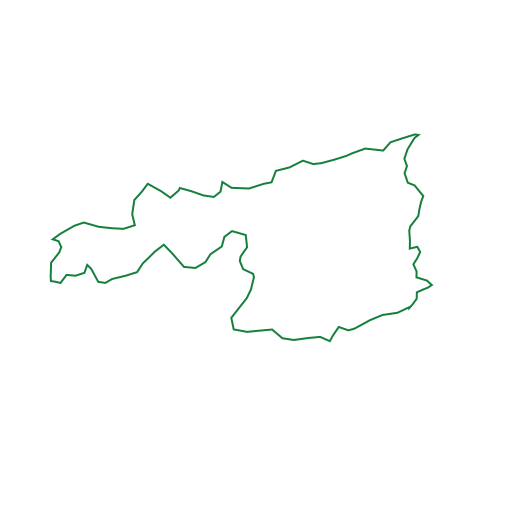 Kantou, Limassol, Cyprus, rotated 246°
{"feature_id": "46923920B71694911523843", "entity_name": "Kantou", "entity_type": "district", "adm_level": 2, "iso_a3": "CYP", "parent_name": "Cyprus", "parent_adm1": "Limassol", "projection": "natural_earth1", "projection_center": [32.905, 34.711], "detail": "fine", "context": "isolated", "style": "outline", "palette": "green", "viewbox_px": 512, "rotation_deg": 246, "n_neighbors": 0, "source": "geoboundaries", "source_scale": "gbopen_adm2", "svg_char_len": 1712}
<svg xmlns="http://www.w3.org/2000/svg" viewBox="0 0 512 512"><g transform="rotate(246 256 256)"><path d="M146.0,374.7L148.0,379.1L151.6,385.4L157.4,388.2L157.4,395.2L157.2,400.4L158.0,404.8L164.1,402.1L169.5,395.9L171.2,393.9L176.5,396.4L184.4,396.4L188.4,402.4L192.8,407.6L198.8,407.1L200.2,399.5L207.2,402.8L216.8,406.3L220.3,409.0L224.2,416.3L226.5,420.5L232.1,424.2L238.3,428.8L242.7,433.2L256.0,429.6L261.2,424.5L271.2,425.4L276.8,430.5L284.5,431.1L291.8,437.8L294.8,442.1L299.4,448.9L300.5,453.6L302.4,450.7L304.1,436.5L305.2,425.1L300.6,415.1L309.7,399.5L310.7,385.9L310.7,379.2L312.1,367.1L314.2,353.6L316.7,345.7L324.0,337.6L323.3,322.6L325.7,308.8L317.0,300.2L318.8,292.4L320.5,277.1L328.2,261.4L337.3,255.4L337.0,255.2L329.2,249.7L327.1,241.5L332.7,232.6L341.4,223.4L349.1,214.1L347.2,211.8L344.1,201.5L353.9,195.6L366.0,186.5L361.3,178.1L356.6,167.6L344.5,159.9L333.4,157.8L334.7,146.0L339.8,136.0L346.5,124.4L356.6,112.3L357.5,102.5L355.9,86.4L353.9,77.1L349.8,81.7L343.3,81.7L339.3,77.7L333.2,66.1L321.0,60.2L316.5,58.4L314.7,61.4L310.9,66.4L315.8,75.3L311.4,83.1L310.4,92.4L316.5,98.2L311.4,100.2L296.5,101.4L292.7,107.4L293.5,115.2L291.0,129.0L289.6,140.8L295.3,149.6L297.3,155.2L301.2,165.6L303.8,176.4L292.4,180.5L275.3,185.8L269.7,195.8L271.0,207.3L276.2,215.2L278.6,228.6L286.3,234.9L288.5,244.2L279.3,255.2L267.6,251.4L261.8,241.7L258.1,239.2L249.2,238.9L240.9,246.1L237.5,245.5L227.4,237.7L221.3,230.5L209.6,208.3L198.0,205.8L190.3,217.0L187.3,226.1L182.3,240.8L170.1,246.7L163.9,256.4L159.7,270.8L156.0,281.7L148.2,288.8L151.9,293.7L157.5,302.7L150.5,310.2L149.6,316.4L151.0,333.9L150.7,347.5L146.6,362.1L146.9,375.0L146.0,374.7Z" fill="none" stroke="#15803d" stroke-width="2"/></g></svg>